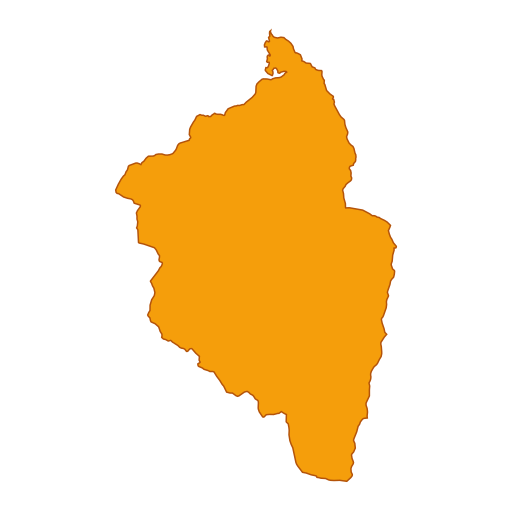 Abriaquí, Antioquia, Colombia
{"feature_id": "7082276B50161152068200", "entity_name": "Abriaquí", "entity_type": "district", "adm_level": 2, "iso_a3": "COL", "parent_name": "Colombia", "parent_adm1": "Antioquia", "projection": "robinson", "projection_center": [-76.083, 6.629], "detail": "fine", "context": "isolated", "style": "filled", "palette": "amber", "viewbox_px": 512, "rotation_deg": 0, "n_neighbors": 0, "source": "geoboundaries", "source_scale": "gbopen_adm2", "svg_char_len": 6015}
<svg xmlns="http://www.w3.org/2000/svg" viewBox="0 0 512 512"><path d="M390.5,225.4L387.2,222.1L384.5,220.4L380.5,218.5L379.2,217.5L377.1,217.1L375.6,216.1L374.2,215.7L372.2,215.7L369.7,213.8L362.7,210.1L349.6,207.8L345.7,207.9L345.5,207.4L345.4,203.6L343.8,198.0L343.5,193.7L342.6,190.1L343.2,188.6L345.1,186.4L346.0,184.5L347.9,182.8L350.5,180.9L351.4,179.8L351.7,178.0L350.9,176.1L351.1,172.9L350.6,170.5L349.3,168.8L349.3,167.8L349.8,166.6L350.2,166.2L353.3,165.2L353.6,163.6L355.4,161.5L355.7,160.1L355.7,158.3L356.0,157.1L355.8,154.8L355.0,153.1L353.9,148.4L352.9,146.4L351.2,145.2L349.1,143.1L347.1,139.1L346.7,137.5L346.6,136.5L347.6,133.9L347.8,132.0L345.8,127.4L344.9,124.3L344.5,120.4L343.9,119.4L341.0,116.9L339.4,114.6L334.7,105.9L334.0,104.2L334.0,103.6L334.4,102.1L333.7,99.4L332.6,99.0L332.6,98.7L333.4,97.2L333.3,96.4L329.9,93.9L326.6,90.5L324.8,84.4L324.1,83.5L324.3,80.2L323.5,79.4L322.0,76.1L321.8,74.6L322.0,71.6L321.6,70.6L318.2,70.4L316.0,69.6L315.4,69.1L314.9,67.9L312.1,66.8L310.5,63.7L310.1,63.4L306.2,63.1L303.8,61.5L301.8,60.8L302.0,58.9L300.4,54.8L298.7,53.8L296.7,52.9L295.7,52.9L295.0,52.4L293.5,48.9L293.0,46.4L290.9,43.3L288.5,41.1L285.8,39.4L283.9,37.6L280.9,37.2L277.6,38.0L274.3,37.3L272.7,35.9L272.2,34.9L271.5,34.2L270.5,32.1L270.4,31.5L270.6,30.7L269.7,31.5L269.5,33.1L269.8,36.2L268.6,37.4L269.5,41.2L269.2,41.6L268.5,41.8L266.9,40.9L266.4,41.0L265.2,42.8L264.4,44.9L264.6,46.9L266.6,46.9L267.1,47.2L267.2,49.3L267.4,50.2L270.3,55.0L270.1,55.8L269.6,56.0L268.7,55.0L268.2,55.1L267.3,56.2L267.2,57.1L267.4,58.8L266.7,61.6L267.4,62.3L269.2,62.4L269.3,63.4L268.4,66.2L267.6,67.5L267.1,67.7L265.9,67.6L265.3,69.8L265.4,70.6L267.9,73.5L272.1,75.6L272.5,75.2L273.0,73.3L272.9,71.9L272.3,70.3L273.3,69.3L273.8,68.3L275.5,68.0L276.3,68.4L276.8,69.1L277.8,71.0L277.9,72.5L278.2,72.9L279.7,73.2L280.7,72.2L284.1,71.3L285.9,71.4L286.5,71.8L286.7,72.1L285.0,73.3L284.2,74.7L281.2,77.0L279.4,77.6L275.5,77.9L272.6,78.8L271.6,79.5L270.7,79.7L267.1,79.0L263.4,78.9L262.1,79.2L259.0,81.8L256.9,84.0L256.1,86.3L255.8,92.5L255.2,94.0L252.2,97.4L246.3,102.1L243.9,104.6L242.3,104.6L239.5,105.5L237.5,105.4L236.5,105.9L234.4,106.1L228.2,108.7L225.4,112.5L224.7,115.0L224.3,115.4L223.3,115.3L222.0,114.7L220.6,114.3L217.5,114.3L215.9,114.0L214.8,113.3L214.3,113.4L213.9,113.9L212.3,114.8L210.6,116.5L208.7,116.6L208.2,115.9L207.6,115.7L205.6,116.3L203.2,115.2L201.9,115.3L200.0,114.6L196.6,116.4L194.8,120.2L193.4,122.1L190.6,127.0L189.7,129.3L189.3,134.6L190.7,137.2L190.6,137.9L189.6,138.9L189.1,140.3L180.3,143.0L179.0,143.7L177.7,145.3L176.3,149.0L175.6,150.2L173.1,153.3L172.1,153.9L169.8,154.7L167.3,155.1L165.1,155.0L161.9,154.0L158.6,154.0L155.9,154.5L154.7,155.5L153.2,156.1L148.4,156.2L146.1,158.2L143.9,161.2L141.9,162.7L140.9,164.6L139.2,163.7L137.1,163.0L135.6,163.1L129.2,165.5L128.4,166.3L127.7,169.0L127.2,170.3L126.2,171.5L124.9,174.8L123.4,176.1L121.2,179.1L118.3,184.3L115.7,190.0L116.1,192.4L117.1,193.4L118.7,193.7L123.6,197.0L127.6,198.3L130.8,198.9L132.4,199.7L133.3,200.8L134.2,203.2L139.3,204.8L140.1,205.1L140.4,205.6L140.3,206.7L137.5,210.6L136.4,213.0L137.0,216.0L137.0,219.1L137.7,221.5L137.7,222.5L137.3,226.1L136.6,227.9L137.7,229.5L137.9,230.3L138.5,242.4L139.1,243.0L143.6,244.0L154.4,247.7L156.2,249.9L158.3,254.2L159.5,255.6L159.5,257.1L159.0,259.8L159.3,261.0L159.9,261.6L161.9,262.4L162.3,262.9L162.3,264.0L161.3,266.4L159.9,267.8L158.4,270.7L150.5,281.0L150.5,281.5L151.6,283.3L152.5,285.8L153.9,288.2L154.9,292.6L154.3,295.6L151.7,299.7L150.1,305.1L150.0,310.5L148.7,312.6L147.7,315.0L148.2,316.1L149.9,317.9L150.5,320.7L151.1,321.9L155.1,323.7L158.4,326.6L158.8,327.2L160.2,331.4L161.9,334.1L162.0,335.9L161.7,337.4L163.4,339.0L165.8,339.6L168.2,341.0L170.7,340.4L171.1,340.7L172.5,342.1L177.9,345.5L179.7,347.3L181.3,348.1L183.5,348.5L184.8,349.2L186.5,351.4L187.3,351.4L188.0,351.0L189.2,349.5L190.2,348.7L191.6,348.6L192.1,348.9L195.8,353.2L199.4,356.4L199.1,360.1L200.1,362.1L199.7,362.7L197.9,363.8L197.9,364.8L198.2,365.9L198.9,366.5L202.4,368.0L204.0,369.3L208.2,370.6L209.9,371.5L212.8,371.5L214.0,371.9L216.7,376.3L219.7,380.3L222.2,384.4L223.7,386.1L226.6,392.1L229.9,393.0L232.5,393.1L236.0,395.7L237.5,396.3L238.9,395.9L244.5,392.0L247.1,391.4L248.7,392.3L250.4,394.0L252.7,395.2L253.7,396.3L255.3,398.9L257.6,400.3L258.2,401.1L258.4,402.9L258.2,407.6L258.3,409.0L259.3,411.9L262.6,416.8L263.2,417.1L264.1,416.9L266.3,414.7L269.5,414.4L273.5,414.5L277.8,413.4L278.9,413.4L281.3,411.6L284.3,413.5L286.4,414.5L286.2,421.6L286.4,422.1L288.2,423.8L288.9,427.3L289.2,430.3L289.0,434.8L289.9,440.7L291.2,444.4L292.8,447.8L295.9,462.3L296.6,464.2L297.8,466.1L302.5,472.3L306.1,473.0L311.2,474.8L315.4,475.7L316.5,476.2L316.7,477.0L317.1,477.4L318.7,477.6L321.0,478.2L325.6,478.5L328.7,479.9L330.5,480.3L334.0,480.5L339.7,480.3L346.8,481.3L350.7,477.7L351.9,476.2L352.3,475.2L352.3,474.4L351.2,472.1L350.9,468.7L351.6,466.5L353.2,463.8L353.5,462.6L353.2,461.4L352.0,458.3L351.5,455.1L351.9,453.9L353.6,452.0L355.3,448.1L354.8,443.3L353.6,440.8L353.7,439.3L356.7,431.8L358.1,426.3L359.5,424.4L360.4,421.9L362.3,419.4L363.3,418.6L364.4,418.3L367.3,418.0L367.1,416.0L367.5,412.2L367.4,410.7L367.1,408.4L366.1,405.4L366.0,403.8L366.2,402.7L369.4,395.9L369.4,389.9L369.7,386.0L369.0,383.0L370.2,380.6L370.7,378.9L370.9,376.9L370.6,375.0L370.7,373.3L371.4,371.2L373.1,368.2L374.2,366.6L376.5,364.7L377.5,363.3L379.5,359.2L381.1,356.6L381.7,353.8L381.7,351.8L381.3,346.5L380.8,344.2L380.9,342.4L384.3,337.1L386.7,334.3L384.8,332.3L384.0,328.6L382.1,323.0L381.4,319.6L381.6,318.4L382.8,317.0L383.5,315.5L386.2,307.8L386.6,304.5L386.4,301.8L386.6,300.7L386.8,299.6L388.4,296.2L388.5,295.7L387.4,292.5L387.6,291.2L389.9,284.6L390.6,281.0L391.7,279.3L393.6,277.2L394.3,274.4L394.6,271.4L394.4,270.5L392.6,269.0L391.3,265.2L391.2,264.1L392.2,261.1L392.7,255.1L394.1,250.1L394.0,248.1L395.8,247.9L396.3,247.0L396.3,246.3L393.4,242.8L391.8,239.2L390.5,237.2L389.3,234.0L388.4,230.6L389.9,227.2L390.5,225.4Z" fill="#f59e0b" stroke="#b45309" stroke-width="1.5"/></svg>